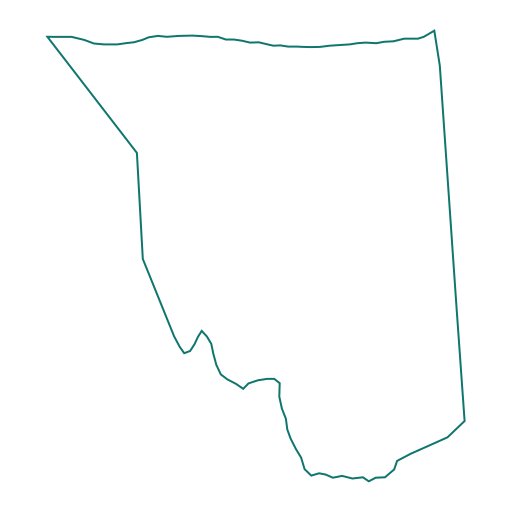 Emas, Paraíba, Brazil (Equal Earth projection)
{"feature_id": "56859067B29594982157265", "entity_name": "Emas", "entity_type": "district", "adm_level": 2, "iso_a3": "BRA", "parent_name": "Brazil", "parent_adm1": "Paraíba", "projection": "equal_earth", "projection_center": [-37.76, -7.097], "detail": "fine", "context": "isolated", "style": "outline", "palette": "teal", "viewbox_px": 512, "rotation_deg": 0, "n_neighbors": 0, "source": "geoboundaries", "source_scale": "gbopen_adm2", "svg_char_len": 1191}
<svg xmlns="http://www.w3.org/2000/svg" viewBox="0 0 512 512"><path d="M47.4,36.8L136.9,152.9L142.8,258.9L174.1,336.3L179.8,347.0L184.2,353.2L190.1,351.0L194.7,343.9L197.8,337.1L201.7,330.9L206.9,336.5L211.3,343.9L213.2,353.2L216.3,364.8L220.8,374.4L227.4,379.4L235.9,383.8L243.2,388.8L248.5,383.4L257.9,380.3L266.9,378.9L274.3,378.9L279.7,383.2L279.3,396.7L281.9,408.6L285.9,418.8L287.3,429.5L290.6,438.6L295.9,449.0L301.1,457.6L304.6,469.2L311.3,475.6L319.1,473.3L325.5,474.5L332.9,477.7L342.1,475.9L352.4,478.5L362.9,477.3L368.8,481.3L375.7,477.7L385.0,477.3L394.2,469.4L397.1,460.9L410.6,453.8L447.5,437.3L464.6,421.0L456.6,308.5L449.1,199.9L439.8,65.6L434.3,30.7L423.8,36.8L417.9,38.7L411.0,38.7L404.1,38.7L393.4,41.3L383.9,41.8L376.4,43.2L365.5,42.6L357.3,43.2L349.7,44.4L341.8,44.9L329.7,45.7L320.1,46.9L310.4,47.1L303.4,46.9L296.8,46.6L288.2,46.6L280.4,45.4L273.4,45.7L267.6,44.4L258.7,42.3L250.1,42.6L241.9,40.7L233.7,39.5L225.8,39.5L217.8,36.8L210.5,36.9L201.4,36.1L192.4,35.6L179.1,35.9L166.8,36.8L157.9,35.9L148.7,37.3L142.4,39.9L133.8,42.3L127.1,43.0L117.4,44.4L104.0,44.4L93.9,43.5L84.2,39.9L71.7,36.9L60.3,36.9L47.4,36.8Z" fill="none" stroke="#0f766e" stroke-width="2"/></svg>